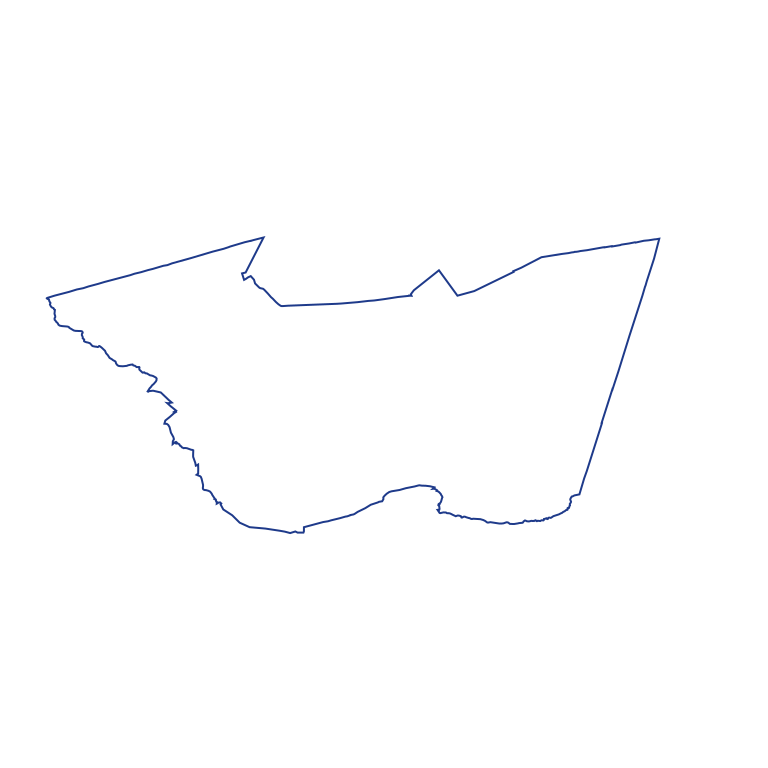 Ngorongoro, Arusha, United Republic of Tanzania, rotated 75°
{"feature_id": "72390352B42279830137418", "entity_name": "Ngorongoro", "entity_type": "district", "adm_level": 2, "iso_a3": "TZA", "parent_name": "United Republic of Tanzania", "parent_adm1": "Arusha", "projection": "robinson", "projection_center": [35.632, -2.654], "detail": "fine", "context": "isolated", "style": "outline", "palette": "blue", "viewbox_px": 768, "rotation_deg": 75, "n_neighbors": 0, "source": "geoboundaries", "source_scale": "gbopen_adm2", "svg_char_len": 6087}
<svg xmlns="http://www.w3.org/2000/svg" viewBox="0 0 768 768"><g transform="rotate(75 384 384)"><path d="M505.2,505.9L506.7,500.3L505.6,499.5L501.6,498.4L501.6,478.4L502.1,473.6L502.0,470.4L502.2,461.1L502.1,455.6L502.3,453.7L502.0,450.0L501.9,450.0L502.1,447.3L501.9,446.1L500.7,442.5L499.1,434.3L497.2,428.0L496.8,420.6L496.5,419.3L496.8,416.1L495.1,414.4L493.3,414.0L492.1,412.4L490.7,409.8L489.7,406.9L489.6,404.5L490.4,396.4L490.3,389.8L490.9,380.9L490.9,377.1L491.0,376.0L492.0,373.7L493.0,370.3L494.7,366.0L497.0,361.8L497.4,362.0L497.8,363.7L497.9,363.9L498.1,362.7L498.6,362.0L500.4,360.2L500.6,360.2L501.0,360.7L501.5,359.8L502.8,358.7L505.0,357.6L506.3,357.4L507.6,356.9L508.6,356.9L509.1,357.4L512.0,359.1L513.0,359.9L513.6,360.7L513.9,361.7L514.4,361.4L514.7,361.5L514.9,361.9L514.6,362.5L515.0,362.9L516.5,362.3L519.1,362.7L519.6,363.2L519.5,364.1L520.0,363.7L520.1,363.9L520.6,363.9L520.7,364.2L520.5,364.5L522.9,363.7L523.3,363.1L523.4,359.9L524.1,357.5L525.0,356.7L525.5,355.4L525.5,355.0L526.1,353.8L527.4,352.2L527.7,352.0L530.3,348.9L530.1,346.9L530.5,345.7L531.1,344.7L531.6,344.0L532.1,343.7L532.9,343.8L533.1,343.6L533.2,343.2L532.8,341.2L533.1,340.2L534.1,338.9L535.4,336.8L535.7,336.1L536.9,334.7L537.2,333.8L537.2,332.8L539.5,325.9L541.1,323.3L542.4,321.8L544.4,320.2L544.8,319.4L545.0,317.0L548.6,308.8L549.2,306.7L549.5,304.7L549.3,301.6L549.4,301.0L550.0,299.9L551.7,298.6L552.9,294.7L553.3,290.8L553.3,289.6L553.8,286.7L553.9,286.0L553.6,285.5L552.9,284.8L552.3,283.2L552.6,282.6L553.5,281.6L554.1,280.1L554.3,279.1L554.3,277.1L554.8,276.0L554.8,275.4L555.2,274.6L554.8,273.1L555.3,272.4L555.7,272.3L556.1,271.8L555.9,270.9L556.8,268.5L556.4,267.3L556.5,266.6L557.0,265.6L557.0,265.3L556.8,264.9L555.8,264.4L555.9,263.5L555.7,262.1L555.7,261.8L556.2,261.3L556.4,261.6L556.7,261.3L556.6,260.5L556.2,260.4L556.0,260.1L555.8,259.8L555.8,259.0L556.1,258.3L556.4,257.8L556.4,257.1L555.5,254.6L555.2,248.8L554.7,246.6L554.6,245.5L553.9,243.9L553.7,242.5L552.9,240.7L553.0,239.4L552.7,239.1L551.7,239.0L551.4,238.8L551.3,238.5L551.6,237.9L551.5,237.3L549.9,236.5L549.5,235.8L548.0,235.6L546.8,234.2L546.1,233.8L544.1,234.0L543.5,233.9L542.3,232.9L541.3,231.8L541.4,231.1L540.9,228.9L541.2,223.8L527.0,215.1L520.5,210.6L484.5,187.6L478.2,183.6L478.0,183.9L448.2,164.8L448.4,164.7L432.6,154.4L400.9,134.4L365.5,111.5L357.6,106.7L356.6,105.9L352.9,103.7L332.8,90.7L314.9,80.5L314.6,83.7L314.3,85.4L313.7,91.1L312.9,95.9L312.5,104.5L312.1,104.8L311.7,110.8L310.8,118.8L311.0,119.6L310.2,128.2L309.8,128.2L309.1,135.7L308.9,135.7L308.7,137.0L307.3,153.3L306.4,159.9L306.3,162.1L306.0,164.6L305.7,165.3L305.8,166.5L305.5,168.7L305.3,172.0L304.4,178.6L302.3,199.0L302.4,199.6L307.2,221.3L308.5,229.9L309.3,229.8L311.0,238.6L317.6,272.8L317.7,290.2L288.4,301.5L301.2,330.9L304.2,334.8L305.9,334.6L305.2,336.5L305.4,336.5L303.6,347.9L302.1,361.7L300.8,371.8L299.7,377.6L298.1,388.4L295.2,404.5L294.3,408.9L294.0,408.9L294.3,408.9L283.5,456.6L282.6,461.3L282.2,462.8L281.7,463.6L279.7,465.3L276.8,467.2L272.9,469.3L270.8,470.7L266.5,472.8L261.9,475.3L260.7,476.2L259.5,478.5L258.9,479.3L257.8,480.0L253.5,482.5L249.6,482.6L245.3,484.8L245.8,487.8L246.6,489.8L247.2,492.2L240.4,492.5L240.5,488.8L211.3,462.4L211.2,473.4L211.3,475.2L211.2,475.2L211.0,481.9L211.4,497.0L211.6,498.7L211.9,503.9L211.8,515.1L212.4,537.1L212.6,557.5L213.1,562.5L212.7,566.5L213.0,577.6L212.9,582.4L213.1,589.8L212.9,596.5L213.2,600.9L213.1,627.5L213.3,634.3L213.3,644.2L213.6,649.7L213.2,656.2L213.5,664.5L213.4,679.3L213.7,687.1L213.9,687.5L214.4,687.3L215.7,685.8L217.7,685.8L219.3,685.2L219.6,685.3L220.6,686.1L220.9,686.1L223.1,685.6L224.3,684.8L225.1,683.7L225.9,683.4L226.5,683.4L227.2,682.7L230.9,684.1L233.2,684.0L234.2,684.2L234.6,684.5L235.2,685.2L236.7,685.5L238.1,684.8L239.4,684.4L239.8,684.0L241.2,683.3L242.3,683.2L243.3,682.5L243.7,682.1L244.7,680.1L246.5,675.1L247.0,674.2L247.4,673.7L248.3,673.4L252.0,669.8L252.8,668.3L254.5,662.9L255.1,662.0L256.0,661.7L256.5,661.8L257.4,662.8L258.5,663.2L260.3,662.9L261.1,662.9L261.9,663.2L263.4,662.1L264.1,662.4L265.1,662.6L265.7,662.0L266.7,660.6L267.2,659.5L268.3,657.8L268.7,657.4L271.7,655.9L272.1,655.4L273.2,653.2L273.6,652.0L274.1,651.3L274.2,650.5L273.6,649.4L273.7,649.0L274.5,648.3L275.8,647.3L279.7,644.9L282.4,644.5L284.7,643.3L287.8,642.3L289.7,640.4L290.7,639.7L292.5,637.8L293.0,637.5L294.6,637.5L296.2,637.0L297.7,635.9L298.4,634.4L299.3,631.6L299.9,627.7L299.7,626.4L299.8,623.7L300.1,621.8L301.1,621.4L302.0,619.8L303.6,618.6L303.8,618.0L304.2,616.2L304.3,616.0L304.7,615.9L306.0,616.5L306.9,616.5L310.5,614.3L310.7,613.8L310.6,612.8L310.8,612.4L311.8,611.8L312.0,611.5L312.4,610.3L315.0,607.8L315.7,606.3L316.5,605.0L318.7,602.7L319.8,602.2L321.5,602.8L322.5,603.7L324.4,606.5L325.3,608.4L326.6,610.0L327.5,611.5L330.0,614.2L330.4,613.8L330.1,612.8L330.7,608.8L334.4,601.8L343.7,596.1L347.0,593.8L346.7,597.6L346.4,598.3L350.3,595.8L355.9,591.7L356.4,593.3L356.8,592.2L356.9,591.2L357.8,594.3L360.4,599.5L362.7,604.7L365.5,606.4L366.3,604.1L367.7,603.0L370.2,602.3L375.9,602.4L380.7,601.2L382.9,601.2L384.7,602.8L387.4,603.7L386.2,601.0L386.1,599.9L386.5,599.6L387.0,600.4L387.2,600.6L387.5,600.5L387.8,600.0L387.6,599.0L388.3,598.4L388.7,597.8L389.5,597.2L390.6,597.1L391.3,596.4L392.0,595.9L392.8,595.7L393.2,595.2L394.2,594.0L394.2,593.1L395.0,591.0L397.5,587.4L398.2,585.9L398.7,585.4L403.0,586.7L405.0,587.2L411.3,586.7L414.2,586.9L414.1,585.7L413.7,584.4L417.9,585.4L422.4,586.7L423.2,588.5L425.5,585.5L426.2,585.0L426.8,584.9L428.4,584.7L434.7,584.9L436.4,585.4L437.5,585.9L438.4,586.0L439.3,585.6L439.7,585.1L440.2,584.3L440.3,583.6L441.8,581.1L443.0,579.8L445.3,578.8L446.6,578.6L450.8,577.2L451.0,577.4L451.1,577.1L451.5,577.1L451.8,576.9L451.9,576.5L452.5,576.3L453.2,576.6L453.5,576.6L454.7,575.9L455.1,575.9L455.4,576.3L455.6,576.2L456.3,576.5L456.1,575.6L455.7,574.8L455.9,573.0L456.1,572.8L456.5,572.7L457.3,572.1L458.1,573.0L463.6,571.7L471.5,564.6L480.6,559.3L487.5,550.9L492.9,536.1L498.8,522.6L500.9,518.1L503.7,513.2L503.5,507.8L505.2,505.9Z" fill="none" stroke="#1e3a8a" stroke-width="2"/></g></svg>